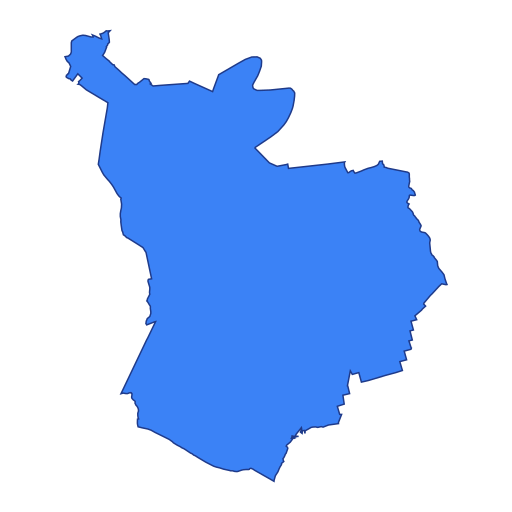 Altepexi, Puebla, Mexico
{"feature_id": "50627088B76973650104721", "entity_name": "Altepexi", "entity_type": "district", "adm_level": 2, "iso_a3": "MEX", "parent_name": "Mexico", "parent_adm1": "Puebla", "projection": "mercator", "projection_center": [-97.299, 18.358], "detail": "fine", "context": "isolated", "style": "filled", "palette": "blue", "viewbox_px": 512, "rotation_deg": 0, "n_neighbors": 0, "source": "geoboundaries", "source_scale": "gbopen_adm2", "svg_char_len": 5944}
<svg xmlns="http://www.w3.org/2000/svg" viewBox="0 0 512 512"><path d="M138.1,426.8L142.1,427.8L147.8,429.0L151.1,430.2L155.2,432.5L159.3,434.5L169.0,439.3L172.4,441.7L173.4,442.8L177.3,445.2L180.7,446.9L181.3,447.5L184.1,448.8L190.6,453.1L192.2,453.8L193.7,455.1L195.2,455.7L197.5,457.2L205.7,462.1L213.7,466.2L216.4,467.1L219.8,467.9L223.4,469.1L229.3,470.4L230.6,470.8L232.6,470.8L234.6,471.4L237.0,471.6L238.3,471.3L239.1,471.0L241.7,470.1L243.5,469.7L245.1,469.6L245.9,469.5L248.7,469.5L249.3,469.3L249.6,468.8L250.3,468.4L251.0,468.3L253.1,469.2L254.5,470.2L274.0,481.3L274.1,480.2L275.4,475.7L277.9,471.8L279.3,468.4L280.1,466.8L281.5,464.6L281.5,463.4L283.8,461.5L283.3,460.5L283.0,458.6L283.8,457.7L284.9,455.5L285.2,454.4L286.1,453.3L287.8,448.4L287.5,447.3L286.2,446.2L286.6,445.2L290.3,442.1L292.5,439.1L292.5,438.9L291.3,438.4L291.7,437.7L294.0,438.4L294.8,438.0L291.9,436.9L292.1,435.9L294.8,436.6L296.1,436.5L296.6,436.6L296.9,436.5L298.6,436.4L296.5,436.2L294.9,436.4L296.3,434.0L301.4,427.6L301.7,429.2L300.4,432.1L302.1,433.4L302.4,430.6L304.4,430.5L304.8,432.8L305.0,432.8L305.1,430.8L309.5,428.4L310.9,427.5L312.5,427.1L315.6,426.9L317.7,427.4L321.2,426.6L323.1,427.1L328.5,425.0L338.5,423.6L338.4,422.6L341.6,414.4L339.7,414.4L337.3,406.3L344.2,404.1L342.9,395.2L349.6,393.6L347.8,386.1L347.4,385.9L350.3,370.9L352.3,374.4L358.8,372.6L361.4,382.1L368.4,380.5L385.4,375.4L395.8,372.6L402.4,370.5L399.8,361.6L406.6,359.8L404.2,351.1L410.9,349.3L411.1,349.0L411.4,348.1L411.2,348.0L408.9,340.9L412.3,340.0L410.0,330.9L413.4,330.0L411.0,321.2L416.7,319.7L414.9,315.8L421.6,310.1L422.3,309.1L425.6,306.1L423.7,304.1L424.0,303.0L430.4,295.4L432.1,293.8L438.9,286.4L441.7,283.8L446.0,284.7L447.0,284.5L446.5,283.4L444.9,278.6L444.0,274.8L442.1,272.2L438.8,268.4L437.7,265.8L437.3,261.5L436.6,260.4L434.2,257.5L434.1,256.9L433.1,255.8L431.8,254.8L431.5,253.9L430.9,253.0L430.5,251.3L429.7,243.2L429.8,242.1L430.2,240.3L430.1,239.3L429.8,238.3L429.4,237.5L428.4,236.1L427.2,234.7L425.5,233.0L424.6,232.6L421.9,232.1L421.1,231.8L420.1,231.1L419.9,230.6L419.7,230.0L419.7,229.3L421.0,226.2L421.1,225.8L420.6,224.6L419.0,222.1L418.7,221.1L418.0,220.0L416.3,218.4L416.0,217.7L415.0,216.6L414.7,216.0L413.8,215.3L413.2,214.1L413.2,213.5L412.4,211.8L409.8,209.0L409.3,208.5L408.6,208.2L408.1,207.8L407.9,207.1L408.3,205.3L408.5,204.8L409.1,204.0L408.7,203.7L407.9,203.4L407.1,202.7L406.8,202.0L407.0,201.4L407.7,200.1L408.3,199.3L409.0,197.9L409.2,197.1L409.3,195.8L409.5,195.3L410.1,195.1L412.4,195.4L414.2,195.6L415.1,195.3L415.3,195.1L415.1,194.3L414.7,193.2L414.5,192.2L413.2,190.5L412.2,189.9L411.4,188.6L410.8,188.2L410.1,188.1L409.5,187.8L408.9,187.2L408.7,186.5L408.8,185.7L409.5,182.3L409.7,181.6L409.5,179.5L409.5,178.5L409.3,177.1L409.3,174.1L409.1,173.2L408.7,172.8L407.6,172.2L407.0,172.0L406.2,171.9L387.2,168.1L386.8,167.7L384.2,167.1L384.1,166.0L383.6,164.5L383.0,164.2L382.5,163.5L382.3,161.1L379.7,161.3L378.3,164.3L376.8,165.5L374.3,166.6L371.0,167.6L368.1,168.3L363.8,169.9L361.4,171.0L356.6,172.8L355.0,173.2L353.7,171.5L353.2,170.4L351.5,170.8L350.5,171.3L348.8,172.6L347.8,172.7L344.9,167.2L344.6,166.0L344.4,164.2L344.4,162.6L344.8,161.9L327.4,164.1L288.5,168.4L287.7,164.1L286.1,164.6L277.1,166.3L269.4,162.9L255.0,148.1L255.2,147.4L270.9,136.8L277.8,131.6L283.8,125.0L286.2,121.7L288.4,117.8L290.8,112.7L292.4,108.5L293.1,105.9L294.1,100.4L294.6,96.1L294.7,93.0L293.7,91.1L292.9,90.5L292.0,89.3L290.5,88.2L288.9,88.1L270.3,90.0L260.0,90.4L257.1,90.4L255.1,89.5L253.6,88.7L252.9,87.4L252.6,85.1L254.0,82.3L257.7,75.8L259.5,71.4L261.3,66.2L261.6,61.8L261.5,60.2L260.3,58.3L257.2,56.9L251.8,57.0L245.3,59.4L238.3,63.3L218.7,74.7L218.7,74.8L213.6,88.6L212.6,91.6L194.4,83.4L189.5,81.1L187.9,83.4L160.1,85.4L153.1,86.0L150.3,84.0L150.7,83.8L151.1,83.4L149.4,81.1L149.0,79.7L148.7,79.4L146.0,78.8L144.0,78.6L139.2,82.5L138.3,82.9L136.7,84.5L135.2,84.5L134.9,84.6L134.0,83.9L124.8,75.5L121.6,72.8L119.0,70.3L114.9,66.7L114.2,64.9L112.8,64.7L109.4,61.5L109.4,61.2L106.1,58.6L102.6,55.5L103.8,53.7L104.7,52.2L106.6,47.2L106.3,46.8L107.7,44.8L107.8,43.8L109.0,42.8L109.4,42.2L109.2,39.5L108.2,32.8L110.1,30.7L107.6,31.0L106.2,30.8L104.4,32.3L102.9,33.2L100.6,34.0L100.0,34.0L100.0,34.3L100.8,35.8L101.7,38.9L99.2,38.1L95.7,36.3L92.5,35.0L92.8,35.5L93.1,37.0L91.1,37.0L85.6,35.5L82.9,35.2L80.0,35.8L78.0,36.5L76.8,37.2L71.8,40.9L71.3,42.7L71.3,52.1L70.5,54.2L68.4,56.1L65.0,56.7L66.0,59.2L67.3,61.4L69.0,62.9L70.7,66.4L68.5,73.7L67.8,73.9L67.3,74.7L66.5,75.2L66.1,76.8L66.9,77.6L68.9,78.7L70.3,78.9L71.1,80.1L72.6,81.0L77.8,73.8L82.1,78.1L80.1,80.3L78.6,81.6L78.9,82.0L78.6,83.8L78.1,84.2L79.8,84.5L81.3,85.6L86.3,89.8L99.3,97.6L107.9,102.7L107.3,108.0L103.0,132.8L100.2,151.1L99.1,159.2L98.3,164.3L102.2,172.1L103.8,174.9L107.8,179.7L109.3,181.3L111.7,184.4L113.5,187.1L117.0,193.5L118.0,194.9L119.2,196.4L121.2,198.1L120.8,199.3L121.6,204.1L121.5,206.1L121.4,208.0L120.8,210.6L120.3,213.6L120.3,216.5L120.9,219.7L120.8,221.8L121.2,225.2L122.0,230.7L122.6,231.7L123.4,234.8L124.7,235.6L126.7,237.6L128.0,238.1L138.2,244.5L143.0,247.6L145.5,251.7L146.0,252.3L151.6,278.8L148.5,279.3L148.3,279.5L148.0,280.6L148.0,281.4L148.9,284.4L149.5,286.3L149.8,287.6L149.8,289.1L149.5,292.4L149.8,294.3L147.3,299.2L147.3,300.3L146.8,300.9L148.0,302.4L149.3,304.7L149.7,305.2L150.3,306.2L150.4,307.0L150.3,308.3L150.8,311.7L150.8,313.5L149.8,316.5L147.5,318.4L147.1,318.9L146.9,319.7L146.2,321.2L146.2,321.8L145.9,323.5L146.7,324.9L154.7,321.8L155.6,321.6L147.7,338.0L146.6,340.0L142.7,348.2L121.0,393.7L123.1,393.1L126.1,393.6L127.5,393.6L129.2,392.9L130.8,392.6L131.4,392.9L131.4,393.4L132.0,393.8L131.9,395.3L131.6,397.1L131.9,398.3L133.2,399.8L134.7,400.9L135.2,401.6L135.0,403.1L136.0,405.2L136.8,406.0L137.6,407.2L138.2,408.6L138.4,409.6L138.5,411.1L138.1,412.2L137.8,413.3L137.8,415.2L138.0,417.1L138.6,418.9L137.5,419.1L137.4,421.9L137.4,423.4L137.6,424.7L138.1,426.8Z" fill="#3b82f6" stroke="#1e3a8a" stroke-width="1.5"/></svg>